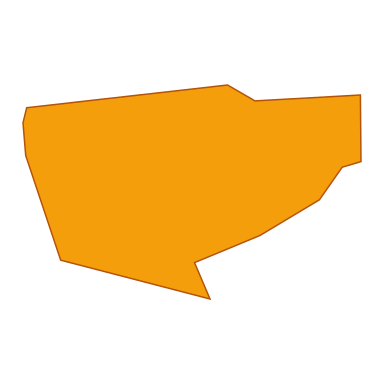 Nagero, Western Equatoria, South Sudan (Natural Earth projection)
{"feature_id": "79223893B92049236674471", "entity_name": "Nagero", "entity_type": "district", "adm_level": 2, "iso_a3": "SSD", "parent_name": "South Sudan", "parent_adm1": "Western Equatoria", "projection": "natural_earth1", "projection_center": [27.894, 6.408], "detail": "fine", "context": "isolated", "style": "filled", "palette": "amber", "viewbox_px": 384, "rotation_deg": 0, "n_neighbors": 0, "source": "geoboundaries", "source_scale": "gbopen_adm2", "svg_char_len": 304}
<svg xmlns="http://www.w3.org/2000/svg" viewBox="0 0 384 384"><path d="M360.4,95.0L254.9,100.9L251.2,98.7L227.5,85.0L26.7,107.7L23.0,122.8L25.7,155.5L60.7,260.2L210.0,299.0L194.5,262.6L259.9,235.5L319.4,199.8L342.2,167.2L361.0,161.6L360.4,95.0Z" fill="#f59e0b" stroke="#b45309" stroke-width="1.5"/></svg>